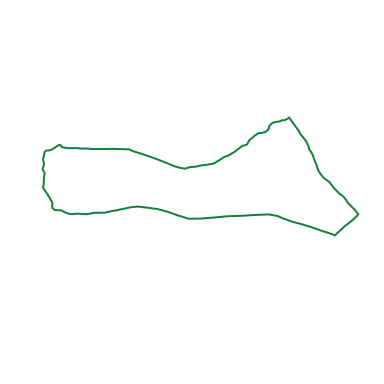 Storuman, Västerbotten, Sweden, rotated 144°
{"feature_id": "70781695B25837784643259", "entity_name": "Storuman", "entity_type": "district", "adm_level": 2, "iso_a3": "SWE", "parent_name": "Sweden", "parent_adm1": "Västerbotten", "projection": "mercator", "projection_center": [16.034, 65.448], "detail": "fine", "context": "isolated", "style": "outline", "palette": "green", "viewbox_px": 384, "rotation_deg": 144, "n_neighbors": 0, "source": "geoboundaries", "source_scale": "gbopen_adm2", "svg_char_len": 1881}
<svg xmlns="http://www.w3.org/2000/svg" viewBox="0 0 384 384"><g transform="rotate(144 192 192)"><path d="M102.0,72.9L94.5,73.8L88.7,74.5L84.0,74.6L78.3,75.0L72.4,75.7L70.5,76.4L70.7,80.5L71.1,83.9L71.5,86.3L72.3,91.8L72.0,94.8L72.2,99.4L73.9,104.7L74.8,112.1L75.1,119.4L76.0,122.3L77.2,126.5L77.4,129.8L77.3,134.1L76.5,137.7L75.7,139.2L74.9,142.6L74.3,145.6L73.5,147.8L72.4,151.7L72.0,157.8L71.0,160.6L70.3,163.5L69.8,166.1L70.2,174.7L69.7,178.2L69.7,195.1L72.6,195.2L75.5,195.9L77.1,197.3L78.7,197.3L80.7,198.1L83.7,199.9L87.3,200.6L90.6,200.1L92.1,198.5L94.4,197.5L97.7,197.5L100.8,198.8L102.9,200.1L104.2,200.7L108.0,200.7L111.7,200.4L115.1,200.2L117.4,199.2L119.4,198.1L122.0,198.7L123.9,199.7L134.7,199.5L140.9,200.1L145.2,201.4L152.3,201.8L157.8,202.3L161.3,204.0L165.1,205.8L168.2,207.7L174.6,210.6L178.7,213.2L184.1,215.1L187.4,218.5L191.7,224.1L195.0,229.6L199.8,237.2L205.5,245.7L211.1,253.5L215.2,259.0L218.0,263.7L221.6,266.4L225.2,269.2L230.4,273.2L236.8,277.7L242.2,281.6L247.9,285.8L252.0,289.4L256.4,292.4L258.6,294.6L262.9,297.7L266.2,300.1L270.2,303.9L271.0,305.0L270.7,307.0L271.6,308.1L274.2,308.4L280.0,308.6L283.1,309.5L285.1,311.1L285.6,311.1L287.6,311.1L290.3,308.5L293.3,306.1L295.2,301.7L297.2,300.0L299.5,298.3L299.9,294.1L303.6,290.3L305.8,287.5L308.1,284.5L309.9,283.4L310.1,280.4L310.3,275.0L310.9,268.4L311.3,265.1L313.3,263.1L314.3,261.2L313.7,258.0L312.1,256.8L308.6,254.1L306.7,250.3L304.5,246.8L302.3,244.7L298.5,242.6L290.2,235.9L283.3,232.6L274.5,226.4L268.3,223.8L262.6,221.0L257.7,218.8L251.2,216.0L244.6,212.2L237.2,205.5L229.9,198.4L223.5,190.6L220.4,186.1L217.3,181.5L213.7,176.8L210.6,172.5L200.9,165.6L193.3,160.9L177.0,151.2L165.7,143.5L156.1,137.4L149.7,133.2L143.0,128.7L137.0,122.4L133.6,116.7L127.9,108.4L122.5,101.9L114.9,91.8L110.1,84.7L106.3,79.5L102.9,74.8L102.0,72.9Z" fill="none" stroke="#15803d" stroke-width="2"/></g></svg>